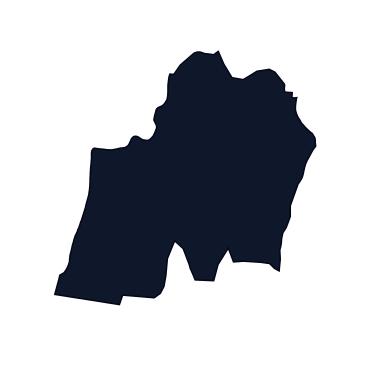 Majz, Sa`dah, Yemen (Equal Earth projection), rotated 199°
{"feature_id": "15242507B76983038584557", "entity_name": "Majz", "entity_type": "district", "adm_level": 2, "iso_a3": "YEM", "parent_name": "Yemen", "parent_adm1": "Sa`dah", "projection": "equal_earth", "projection_center": [43.539, 17.146], "detail": "fine", "context": "isolated", "style": "filled", "palette": "ink", "viewbox_px": 384, "rotation_deg": 199, "n_neighbors": 0, "source": "geoboundaries", "source_scale": "gbopen_adm2", "svg_char_len": 3724}
<svg xmlns="http://www.w3.org/2000/svg" viewBox="0 0 384 384"><g transform="rotate(199 192 192)"><path d="M130.0,139.4L123.9,142.0L123.7,142.1L122.4,142.7L120.5,143.4L115.9,144.7L104.2,147.9L96.5,149.4L96.2,149.5L95.5,149.6L95.3,149.6L89.3,146.7L83.9,145.7L86.7,157.3L89.8,165.0L90.2,166.6L90.3,168.8L90.8,172.2L92.1,177.2L92.4,179.6L92.6,181.0L92.7,182.0L92.8,183.1L91.4,188.9L91.2,194.1L91.1,200.8L94.6,211.1L94.3,234.1L93.6,236.5L93.0,239.2L92.6,241.1L92.6,242.8L92.7,244.3L92.8,245.6L93.0,247.2L93.6,252.2L93.7,254.9L93.6,257.6L93.4,259.5L93.1,261.0L92.6,263.8L92.3,265.7L91.7,269.4L91.2,272.1L90.5,273.8L90.0,275.7L91.8,279.4L92.2,280.9L93.5,283.3L93.9,283.6L94.1,283.7L94.5,284.1L97.5,286.5L99.4,287.1L99.5,287.1L101.1,287.8L102.7,288.5L104.2,289.2L105.3,289.7L107.4,290.9L108.8,291.7L108.9,291.8L110.8,292.7L111.8,293.6L113.4,295.1L114.7,296.1L114.9,296.3L116.1,297.1L117.2,298.3L117.5,298.7L118.8,300.0L120.8,303.1L121.5,304.9L122.2,307.1L122.5,308.4L123.2,311.7L123.6,314.0L123.7,315.0L123.7,315.3L125.1,314.6L125.9,314.2L126.6,314.1L127.4,313.9L128.0,314.0L128.4,314.2L129.6,318.6L136.6,316.7L137.7,318.2L138.5,320.2L139.0,322.5L139.3,323.3L139.8,324.1L152.6,332.3L157.1,332.9L158.7,333.1L158.9,333.2L160.8,332.1L166.9,328.9L169.8,327.4L172.5,324.2L172.8,323.7L180.2,314.9L180.8,314.8L190.3,313.3L191.4,313.1L203.6,323.3L212.9,333.5L216.5,328.5L218.0,328.6L219.3,328.3L220.7,328.0L222.1,327.7L223.9,327.2L225.6,327.0L227.2,327.0L228.6,327.0L230.0,327.0L232.6,326.0L233.9,325.1L235.1,324.1L236.8,321.4L244.4,308.2L245.2,305.5L247.2,298.2L247.7,297.3L248.6,296.9L251.2,296.4L251.3,294.8L251.2,293.3L250.9,291.7L250.5,289.8L250.2,288.2L249.9,287.2L249.8,286.8L249.8,286.5L249.7,286.5L249.3,284.4L249.2,284.3L249.1,284.1L248.6,282.5L248.3,281.6L248.0,280.8L247.8,280.1L247.6,279.7L247.5,279.3L247.4,279.2L247.2,278.3L247.0,277.5L246.5,275.9L246.3,275.1L246.1,273.9L245.8,272.1L245.8,270.4L246.3,268.5L246.5,267.6L246.7,266.9L247.0,266.1L247.4,265.2L247.5,265.0L247.7,264.7L248.3,263.8L248.4,263.7L248.6,263.4L248.9,263.1L251.1,261.2L251.8,260.4L252.4,259.2L252.6,257.7L252.5,256.8L252.4,255.6L252.3,255.1L252.3,253.6L252.2,253.0L252.0,250.9L251.9,250.0L251.7,248.9L251.5,247.7L247.4,243.5L246.6,242.1L246.3,240.2L246.5,235.4L247.0,232.1L248.7,228.3L249.9,226.9L251.7,226.0L255.6,225.3L258.4,225.9L260.5,226.5L262.0,226.6L263.4,226.4L264.7,225.8L265.8,224.5L266.5,222.8L267.0,217.4L267.6,215.0L268.9,213.1L270.2,211.9L271.5,211.3L272.8,210.7L274.1,210.1L275.4,209.3L276.8,208.4L277.9,207.7L279.5,206.9L281.1,205.9L282.9,205.2L284.2,204.8L285.8,204.4L287.2,204.0L288.6,203.8L290.1,203.5L291.4,203.1L292.8,202.8L294.3,202.4L294.5,202.4L295.0,202.3L295.9,202.1L297.3,201.9L298.6,201.7L299.8,200.2L299.9,199.5L300.1,198.4L300.1,198.0L299.8,196.5L299.3,194.9L298.6,193.0L297.9,190.9L297.5,189.1L297.0,187.3L296.5,185.4L296.1,183.6L295.7,181.7L295.2,180.2L294.8,178.5L294.3,176.9L293.7,174.9L293.2,173.0L292.7,171.4L292.1,169.6L291.6,168.0L291.0,166.0L290.4,164.1L290.1,162.5L289.6,160.5L289.3,158.8L288.9,156.8L288.7,155.9L288.0,145.0L287.7,142.8L287.7,142.6L287.4,131.7L287.3,129.5L287.5,127.5L287.4,125.6L287.4,121.1L287.7,119.2L287.6,117.0L288.1,112.8L288.1,109.8L288.0,107.4L287.8,105.7L287.8,103.4L287.6,101.7L287.4,100.0L287.3,99.2L287.2,98.3L286.8,94.3L286.8,92.7L286.3,90.9L285.9,88.7L285.2,86.5L285.1,84.0L285.1,82.4L285.3,79.9L285.8,77.1L286.7,74.0L288.2,72.3L289.9,70.3L289.5,66.7L289.4,65.8L289.2,62.4L288.4,50.5L224.0,61.9L224.0,71.9L193.3,79.7L188.9,85.9L187.8,93.8L189.5,104.4L193.6,121.1L192.5,140.2L182.2,135.7L181.8,135.5L176.9,129.6L172.0,123.7L171.9,123.7L168.7,119.1L164.3,114.4L160.4,109.9L142.6,115.2L143.8,131.9L139.4,150.8L130.0,139.4Z" fill="#0f172a" stroke="#020617" stroke-width="1.5"/></g></svg>